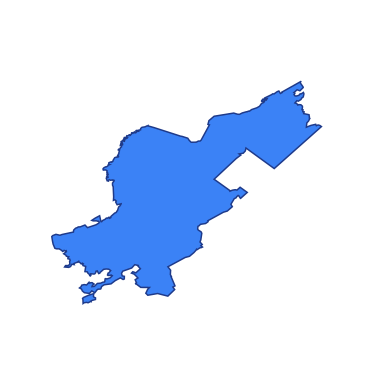 Zebrenes pag., Dobele, Latvia (Robinson projection), rotated 332°
{"feature_id": "27541924B8969780539300", "entity_name": "Zebrenes pag.", "entity_type": "district", "adm_level": 2, "iso_a3": "LVA", "parent_name": "Latvia", "parent_adm1": "Dobele", "projection": "robinson", "projection_center": [22.874, 56.594], "detail": "fine", "context": "isolated", "style": "filled", "palette": "blue", "viewbox_px": 384, "rotation_deg": 332, "n_neighbors": 0, "source": "geoboundaries", "source_scale": "gbopen_adm2", "svg_char_len": 6010}
<svg xmlns="http://www.w3.org/2000/svg" viewBox="0 0 384 384"><g transform="rotate(332 192 192)"><path d="M337.0,195.0L336.1,193.2L334.8,192.0L332.9,191.8L333.0,190.3L328.1,189.0L323.4,188.5L325.8,184.9L328.3,184.0L330.6,182.3L330.3,181.8L330.9,180.8L331.6,178.7L327.4,175.2L328.6,173.9L327.5,173.1L328.6,171.5L327.8,170.9L329.1,169.4L329.8,168.1L329.1,166.1L327.2,164.9L326.3,165.0L326.0,163.0L324.7,161.7L327.5,160.6L328.5,161.7L331.6,161.5L333.1,160.5L334.4,160.5L335.1,160.0L336.9,157.9L337.1,156.4L334.6,156.6L333.5,156.1L332.1,156.7L331.0,156.7L328.8,156.1L327.9,155.2L327.9,153.7L329.0,153.4L329.3,152.5L328.8,152.0L332.8,151.1L334.8,153.3L339.2,152.0L339.4,151.5L338.8,146.0L340.5,145.5L318.3,146.0L318.3,146.5L316.3,146.5L316.1,143.6L314.3,143.4L310.5,143.9L309.3,143.2L307.9,143.4L300.2,143.1L299.8,143.3L299.9,144.2L302.1,144.9L300.7,145.7L299.5,144.9L298.1,143.3L296.3,144.1L296.1,144.5L297.1,145.3L298.4,145.6L298.6,145.9L298.2,146.3L296.6,146.6L295.1,146.4L291.9,148.0L288.8,148.1L283.3,147.2L280.6,147.6L279.8,147.1L278.2,147.0L277.7,146.7L273.5,145.8L270.3,145.7L268.6,144.6L265.9,141.9L247.1,135.5L240.5,136.9L237.8,139.8L238.9,140.9L224.4,150.5L223.0,150.8L221.5,150.0L219.2,150.0L214.6,147.7L213.8,145.2L213.5,142.5L209.4,138.3L208.1,137.3L188.8,117.4L184.5,113.3L184.5,112.7L183.9,112.9L183.3,112.5L181.1,112.4L178.2,111.4L176.5,111.8L175.7,113.0L174.3,112.4L173.5,113.4L172.8,113.1L172.9,112.1L171.7,111.5L171.2,111.7L171.6,112.4L171.5,112.8L170.2,113.3L169.4,113.0L169.6,112.0L168.6,112.0L167.4,112.5L167.1,112.2L167.1,111.6L166.6,111.4L166.1,111.7L165.8,112.3L164.1,113.0L163.8,113.0L163.9,112.3L163.5,112.0L161.6,112.3L160.9,111.7L159.6,112.7L160.6,113.8L160.2,114.0L158.5,113.9L158.7,112.9L158.3,112.3L157.8,112.1L156.9,112.9L157.8,113.6L157.0,113.9L157.0,114.5L156.1,115.5L155.8,115.3L155.9,114.6L155.6,113.8L155.3,113.8L155.0,114.3L154.6,114.1L153.1,114.2L153.1,114.4L153.7,114.7L153.6,115.2L152.5,115.2L150.7,117.1L151.3,117.2L151.5,116.8L152.4,116.1L153.3,116.5L153.3,117.0L153.1,117.1L152.2,117.1L153.0,117.3L152.9,117.7L151.3,117.9L151.0,119.0L149.9,119.1L148.4,120.2L147.7,119.8L146.9,119.9L146.7,120.4L147.5,120.6L147.4,121.4L146.1,122.7L145.2,124.0L144.5,124.1L144.1,124.8L143.5,124.9L143.5,125.4L143.9,125.8L143.7,126.4L143.1,126.4L142.5,125.7L141.9,126.1L141.2,125.6L139.9,125.4L137.3,126.9L136.6,127.7L135.0,128.0L134.8,127.4L132.4,127.1L131.6,128.2L131.1,128.5L131.9,129.1L130.7,129.0L129.8,129.5L128.3,129.6L127.8,129.3L125.8,129.2L124.5,129.6L124.1,130.2L124.0,131.0L126.2,132.0L127.0,133.6L126.1,134.5L126.4,135.2L126.0,135.3L125.4,136.2L126.2,136.3L126.1,137.4L124.9,137.6L123.9,138.4L124.7,138.8L125.0,139.5L124.7,139.7L124.1,139.1L123.1,139.5L122.6,140.0L122.8,140.3L122.3,142.2L123.2,143.0L123.3,142.5L124.7,142.3L125.4,143.3L127.2,144.0L127.6,144.5L127.9,144.3L128.7,145.2L128.4,145.6L126.0,146.8L125.1,148.5L124.9,149.3L125.0,150.1L124.1,152.0L120.5,159.6L118.7,162.5L120.2,162.6L120.9,164.5L119.9,165.0L119.9,168.1L123.8,169.1L123.2,169.7L121.4,170.6L120.2,170.8L117.4,173.5L116.5,173.7L116.0,174.2L115.0,174.5L113.9,174.3L109.3,175.4L108.7,175.7L108.3,176.5L107.0,176.5L107.1,175.7L106.5,175.7L106.5,175.3L104.9,175.4L104.1,174.8L102.6,175.3L99.7,175.2L98.3,175.8L97.7,175.4L99.3,169.6L94.2,169.6L90.2,170.0L91.2,171.1L94.1,172.6L95.3,173.8L95.9,174.0L95.9,175.1L95.1,175.7L91.9,175.9L83.0,174.4L82.0,170.9L76.9,170.3L75.1,169.4L74.2,169.6L72.2,169.3L69.6,170.1L68.5,171.7L57.3,168.5L55.1,168.2L52.0,165.5L48.6,165.1L47.3,165.5L45.8,169.8L44.9,172.9L44.5,177.3L45.6,178.5L48.1,179.9L49.6,182.6L49.8,183.7L51.1,183.8L51.7,183.5L52.4,184.6L53.4,184.7L53.4,185.0L53.1,185.7L49.7,186.3L51.1,188.8L50.9,189.7L52.7,191.4L51.4,192.0L51.1,192.7L52.5,193.9L52.2,195.4L51.4,195.7L50.3,198.3L48.3,198.9L45.8,197.6L44.3,198.4L47.8,200.7L49.8,200.8L51.9,199.4L53.9,200.8L54.0,199.7L57.8,200.1L59.2,200.0L58.9,200.5L59.3,200.5L59.9,201.7L60.4,203.5L61.8,203.4L62.3,204.4L61.5,204.7L61.2,205.8L63.2,207.8L60.1,212.0L62.1,213.4L62.0,215.0L62.9,217.0L62.4,217.7L62.8,218.4L63.5,218.2L64.3,216.7L66.9,218.4L67.7,218.6L69.2,218.0L70.0,216.9L71.3,217.2L71.3,220.2L72.4,220.4L73.1,219.9L77.7,218.8L80.1,219.7L82.3,221.1L83.3,223.2L80.5,224.4L79.9,224.2L78.4,225.6L78.6,226.2L80.5,227.2L81.6,227.3L82.3,228.5L79.4,229.4L76.0,228.8L75.3,228.0L74.5,227.9L72.9,230.2L72.3,230.3L71.0,229.8L68.5,229.6L65.5,228.3L61.5,229.5L59.3,228.6L60.3,227.6L62.2,227.4L62.3,226.9L61.6,226.1L61.3,225.2L60.2,224.6L58.4,224.2L58.6,223.4L55.3,224.6L53.3,223.1L50.8,222.5L49.8,223.5L47.6,223.9L48.9,225.9L48.7,227.8L49.7,230.4L53.8,233.4L57.1,232.3L58.9,235.3L62.3,233.8L63.4,233.7L65.6,234.7L66.0,234.7L67.9,233.0L70.9,232.7L77.4,235.1L82.7,234.2L88.4,234.2L90.1,236.9L91.4,237.0L92.7,234.7L91.0,233.3L91.6,230.7L93.7,229.4L103.1,230.8L107.3,229.3L110.0,231.6L109.5,231.9L110.4,235.5L104.5,237.0L102.3,234.6L100.5,235.2L102.4,237.4L103.9,242.5L100.6,242.8L100.4,246.1L99.3,246.2L99.2,246.9L99.7,247.3L102.0,252.2L109.6,256.3L107.2,257.1L103.7,259.7L104.5,262.4L114.0,265.5L121.8,272.6L130.9,270.0L130.5,266.9L132.9,266.9L133.8,256.9L134.1,256.9L134.1,254.8L136.4,251.0L135.6,246.7L155.3,246.6L159.6,247.6L165.2,246.4L168.2,245.3L168.9,244.8L168.9,245.2L169.5,245.3L172.7,245.0L174.2,245.5L175.4,245.5L174.6,243.5L176.4,243.1L175.6,239.9L177.3,238.4L181.3,233.0L181.3,231.3L179.8,228.8L179.5,227.6L181.1,225.1L182.6,225.1L184.3,224.5L189.2,226.2L192.1,225.8L192.8,225.1L192.7,224.8L210.3,224.6L214.2,225.4L220.7,223.9L220.6,221.1L226.2,217.7L228.2,217.8L229.4,217.1L231.1,216.7L231.6,217.3L231.5,217.8L231.8,220.3L231.3,220.6L240.6,218.3L236.7,210.4L232.6,211.4L231.3,210.3L229.9,209.8L228.3,209.3L225.9,209.1L226.1,208.5L217.5,191.1L246.8,183.2L252.4,182.3L251.5,180.5L255.5,181.8L258.3,180.8L260.3,178.5L275.6,209.9L337.0,195.0ZM57.6,235.6L52.0,234.6L46.6,234.2L45.4,234.6L45.2,235.8L43.5,239.3L44.5,239.1L46.1,239.6L47.2,240.0L48.2,241.0L51.2,241.1L51.5,241.4L51.7,240.8L52.8,240.8L56.3,241.6L57.1,240.2L56.0,238.6L56.0,237.7L57.6,235.6Z" fill="#3b82f6" stroke="#1e3a8a" stroke-width="1.5"/></g></svg>